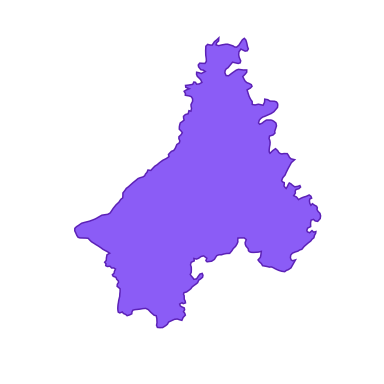 the district of Jaquirana, Rio Grande do Sul, Brazil, rotated 58°
{"feature_id": "56859067B17616703483984", "entity_name": "Jaquirana", "entity_type": "district", "adm_level": 2, "iso_a3": "BRA", "parent_name": "Brazil", "parent_adm1": "Rio Grande do Sul", "projection": "equal_earth", "projection_center": [-50.364, -28.959], "detail": "fine", "context": "isolated", "style": "filled", "palette": "violet", "viewbox_px": 384, "rotation_deg": 58, "n_neighbors": 0, "source": "geoboundaries", "source_scale": "gbopen_adm2", "svg_char_len": 5893}
<svg xmlns="http://www.w3.org/2000/svg" viewBox="0 0 384 384"><g transform="rotate(58 192 192)"><path d="M75.5,87.6L76.1,90.5L76.4,93.3L78.1,97.1L76.9,98.8L75.1,100.5L75.7,103.0L79.3,105.5L83.2,107.8L84.8,108.5L86.6,109.3L88.8,110.6L89.8,112.9L88.5,114.8L86.8,117.2L87.6,119.4L89.4,120.1L93.0,119.7L94.7,117.8L96.8,116.9L96.4,121.3L94.3,123.1L92.9,124.6L94.6,125.8L96.7,126.2L101.3,125.1L104.3,125.5L104.2,128.6L103.0,131.0L100.9,130.9L99.7,132.1L101.1,134.4L99.3,138.7L98.2,141.0L99.9,141.8L103.0,139.6L102.4,142.7L102.4,145.3L105.0,145.4L106.4,146.4L107.6,145.1L109.1,143.4L110.8,142.1L113.2,142.1L115.4,143.4L117.3,146.5L118.7,147.3L120.9,148.1L122.9,150.1L121.4,151.5L123.6,153.8L122.8,156.6L123.3,159.1L124.9,160.0L126.8,160.6L127.1,162.8L127.2,165.3L128.5,166.8L129.9,168.1L132.0,169.5L134.7,168.9L136.6,168.8L137.6,170.8L138.2,173.8L139.9,174.9L142.2,175.2L143.6,176.7L143.7,179.7L146.1,183.1L147.1,185.5L146.6,187.9L147.1,190.0L147.7,192.1L149.8,192.8L150.0,196.0L149.6,200.1L149.9,203.9L150.4,207.1L150.4,209.8L150.9,211.9L151.9,215.5L150.0,217.7L151.5,219.8L152.1,221.9L153.2,223.6L153.2,225.7L152.4,228.4L152.0,230.6L152.4,233.5L152.8,236.9L153.4,240.3L153.9,243.2L154.1,245.8L155.1,248.0L156.2,251.1L158.4,252.5L160.3,253.9L160.5,256.3L161.9,259.4L162.6,263.1L163.3,265.1L164.1,267.4L165.5,270.5L166.4,272.5L166.3,275.2L165.5,277.0L163.9,280.7L163.6,288.1L163.2,290.5L162.4,294.4L160.6,300.0L160.0,302.2L160.2,306.2L160.2,308.3L160.7,310.6L162.8,312.0L165.3,312.3L167.9,312.7L170.1,312.6L171.5,311.4L173.2,308.9L174.8,306.5L176.2,304.6L178.5,304.2L181.0,303.6L183.6,302.3L185.8,301.3L187.3,300.5L189.0,299.7L191.3,298.7L193.4,297.9L195.0,297.0L197.6,295.5L200.3,294.2L200.2,297.4L202.4,299.4L204.6,301.0L205.3,303.3L207.3,303.0L208.7,304.2L210.3,303.3L211.5,300.9L213.9,300.4L214.9,298.6L216.8,297.7L218.2,299.9L219.5,301.0L220.0,303.4L221.7,303.5L224.1,301.7L226.2,302.1L228.2,301.6L229.7,302.2L230.7,304.3L232.3,305.5L234.3,304.8L236.0,304.3L238.4,305.8L239.9,307.0L242.3,308.7L245.0,311.5L246.9,313.1L248.2,314.3L249.5,315.3L251.2,316.5L253.0,317.5L254.8,318.2L256.3,317.3L256.8,314.7L258.7,314.5L260.7,313.1L262.5,312.6L263.2,309.9L263.4,307.6L261.8,306.4L260.9,304.7L261.5,302.8L262.6,300.6L263.7,298.3L264.8,295.6L266.2,292.9L268.6,291.4L272.2,290.7L276.5,289.4L277.9,287.9L280.7,288.9L282.8,290.1L284.4,291.0L286.2,292.7L288.5,293.1L289.9,291.3L291.4,288.8L291.4,285.1L291.1,282.9L289.9,280.8L290.3,277.3L290.7,274.3L291.9,271.8L293.8,270.2L295.5,268.6L293.7,266.0L292.9,262.9L290.9,262.4L289.0,262.7L288.0,260.7L286.2,260.0L284.3,261.3L282.4,262.3L280.5,261.9L280.6,259.1L282.0,258.7L282.6,256.3L281.0,255.6L278.9,255.4L277.3,254.5L275.8,253.6L274.2,253.4L273.1,252.1L273.9,249.6L273.7,246.6L273.4,244.2L272.6,242.3L272.3,239.7L272.2,237.5L271.9,235.3L270.3,233.0L270.3,230.9L269.9,228.2L268.4,226.8L266.4,226.5L265.8,228.8L266.8,231.3L268.1,234.2L267.0,236.7L265.3,236.7L262.8,237.1L261.0,237.2L259.7,235.2L257.5,233.7L255.3,232.4L253.0,231.9L251.2,230.0L251.6,226.6L249.4,225.6L251.3,223.7L251.7,221.5L251.5,218.6L252.3,216.0L256.0,214.5L257.6,216.6L259.2,216.2L260.0,214.4L261.1,212.0L261.0,208.7L259.9,206.5L259.1,204.8L259.5,202.4L260.9,200.2L261.4,198.0L262.4,195.4L264.0,192.6L263.0,189.5L261.8,186.9L261.2,183.9L260.0,181.5L258.6,179.5L257.2,178.8L255.4,177.5L256.8,174.9L258.6,172.0L261.1,171.2L263.1,173.8L264.5,174.5L266.2,174.9L268.0,174.7L269.8,174.4L271.7,175.2L273.1,174.9L274.5,173.8L276.0,171.6L277.1,169.5L278.1,167.7L279.1,164.7L281.7,166.8L283.6,168.6L284.6,172.0L287.0,171.8L289.5,171.1L291.9,171.2L293.8,169.1L295.3,167.5L296.7,166.2L297.5,164.5L298.9,163.4L301.2,162.1L302.9,161.0L304.6,159.8L306.7,158.0L308.7,155.6L308.5,153.5L308.9,151.5L308.8,148.3L304.4,140.2L303.6,143.1L302.1,143.9L299.9,143.4L297.8,141.7L297.1,139.3L297.6,136.1L298.3,133.5L298.2,131.5L298.8,129.2L297.6,125.7L297.2,123.1L296.8,120.6L296.5,117.3L295.7,115.3L295.4,112.9L293.6,111.0L292.5,109.0L291.2,107.9L290.5,110.1L288.3,110.7L288.9,113.8L287.0,115.2L285.4,115.0L283.9,113.1L284.2,109.7L281.0,107.8L279.0,105.9L279.6,103.5L281.8,102.9L283.5,101.0L282.5,97.4L280.4,95.6L277.9,94.8L275.3,95.4L273.1,95.3L271.8,94.1L270.1,93.9L268.1,95.1L265.7,96.1L266.3,98.2L264.0,98.1L261.7,97.1L260.4,95.9L260.6,93.8L258.6,93.4L256.6,94.2L256.2,97.5L255.4,100.4L255.0,102.9L254.9,105.7L253.3,105.8L251.5,106.1L249.0,107.7L247.7,104.9L245.9,104.0L245.0,102.5L245.8,99.6L245.3,97.3L243.7,97.1L243.3,99.2L242.0,102.2L239.2,103.3L237.4,103.8L235.9,104.7L236.7,106.4L237.9,108.2L238.9,110.3L237.3,110.7L235.6,110.8L234.3,109.6L232.9,108.8L231.5,109.8L229.9,110.0L228.0,107.5L226.9,104.0L225.6,102.2L223.0,98.0L219.7,92.1L219.0,87.8L216.4,90.4L214.2,91.0L212.2,90.8L209.9,90.9L208.1,93.7L207.3,95.7L206.0,96.9L204.4,97.5L202.4,97.4L199.5,98.2L199.7,101.7L200.5,105.3L199.0,105.3L197.4,104.4L195.0,102.5L193.2,100.8L191.2,99.4L189.2,98.6L187.6,98.4L185.6,96.6L186.6,93.1L186.0,90.4L184.5,89.8L180.7,85.3L178.1,84.3L175.8,85.0L174.1,85.8L172.8,86.9L170.4,90.8L170.5,94.0L170.8,95.9L170.4,98.7L168.7,99.0L166.8,96.9L166.1,94.8L165.9,92.4L166.4,90.1L167.4,83.2L167.3,80.0L165.6,74.7L163.6,73.1L162.1,72.5L160.3,72.7L158.8,73.9L156.2,77.7L153.9,78.8L151.8,81.1L154.3,82.9L156.1,85.8L154.2,87.6L152.7,89.2L151.6,92.4L149.7,94.5L147.1,93.0L145.1,93.2L143.3,93.1L141.3,92.9L139.2,92.4L134.6,91.2L134.8,87.4L134.2,85.1L132.4,84.8L130.3,86.0L128.2,87.6L125.7,88.2L121.0,87.8L120.2,84.3L119.4,82.1L117.5,80.9L115.8,83.7L112.6,87.6L112.1,89.8L112.4,95.4L112.8,99.4L111.3,101.4L108.2,100.9L106.5,99.4L105.7,97.6L105.7,95.6L103.4,88.8L107.5,84.7L108.0,82.7L106.6,81.2L104.5,80.9L102.7,80.6L100.4,79.7L98.0,77.9L96.7,74.8L100.7,72.3L101.5,70.3L100.5,68.4L98.1,67.9L95.5,66.9L93.3,66.2L91.5,65.8L89.4,66.2L89.6,68.6L92.3,74.4L92.8,77.4L91.6,79.0L89.8,79.8L87.2,82.0L85.7,83.3L84.6,85.0L83.3,88.1L82.0,91.9L80.0,93.6L78.5,92.1L78.0,89.4L75.5,87.6Z" fill="#8b5cf6" stroke="#5b21b6" stroke-width="1.5"/></g></svg>